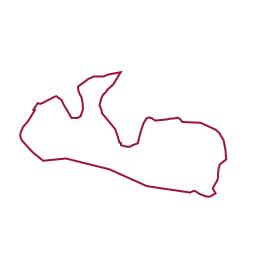 outline of El Mahalla El Kobra 2, Al Gharbiyah, Egypt, rotated 104°
{"feature_id": "37247803B13399468350664", "entity_name": "El Mahalla El Kobra 2", "entity_type": "district", "adm_level": 2, "iso_a3": "EGY", "parent_name": "Egypt", "parent_adm1": "Al Gharbiyah", "projection": "albers", "projection_center": [31.148, 30.971], "detail": "fine", "context": "isolated", "style": "outline", "palette": "rose", "viewbox_px": 256, "rotation_deg": 104, "n_neighbors": 0, "source": "geoboundaries", "source_scale": "gbopen_adm2", "svg_char_len": 1522}
<svg xmlns="http://www.w3.org/2000/svg" viewBox="0 0 256 256"><g transform="rotate(104 128 128)"><path d="M180.3,202.3L172.6,180.8L172.6,173.4L172.6,150.0L172.6,136.2L175.4,120.6L179.8,95.8L178.9,85.6L175.6,52.1L173.1,49.1L173.1,47.6L173.6,45.4L173.9,44.6L174.6,43.1L175.4,37.1L175.4,34.1L174.7,31.8L170.2,27.2L166.4,31.0L162.6,30.3L157.4,28.7L153.6,28.7L151.3,29.5L146.1,30.2L141.2,30.2L134.6,25.0L131.1,26.4L126.5,27.8L116.7,32.3L113.0,36.0L110.7,38.2L108.4,42.7L108.0,44.9L106.7,51.7L105.4,59.2L109.0,76.4L108.3,77.9L106.8,79.4L106.0,82.4L107.5,85.4L109.0,89.9L110.5,92.9L114.2,103.4L112.7,107.2L112.7,110.2L114.2,112.4L119.4,114.0L126.9,114.7L130.7,114.8L139.0,114.8L140.5,114.8L142.0,117.1L143.5,119.3L145.0,120.8L145.7,121.6L146.5,124.6L146.4,130.6L144.2,131.3L144.2,132.8L142.7,133.6L138.9,135.8L136.6,137.3L132.1,140.2L125.9,148.7L120.0,156.7L117.0,158.1L114.7,159.6L113.2,161.1L106.4,161.1L101.9,160.3L98.2,158.0L95.9,157.3L89.2,152.8L75.7,148.6L80.9,160.2L83.9,164.0L86.1,173.0L86.8,174.5L87.6,175.2L89.8,178.2L98.1,185.0L98.8,185.8L100.3,186.5L104.1,185.0L107.1,182.8L109.4,180.6L113.9,178.4L120.7,176.2L128.2,176.9L130.4,179.2L131.9,185.2L128.1,188.9L121.4,195.6L116.8,199.4L116.3,200.8L114.5,205.3L116.0,207.6L118.3,209.9L121.3,213.6L123.5,215.9L125.8,218.9L125.7,221.6L133.3,224.2L133.3,222.7L145.3,226.5L152.8,230.3L155.1,230.3L157.3,231.0L160.3,231.0L162.6,230.3L165.6,228.1L166.4,226.9L173.2,216.9L175.4,213.1L177.0,209.4L179.2,204.9L180.3,202.3Z" fill="none" stroke="#9f1239" stroke-width="2"/></g></svg>